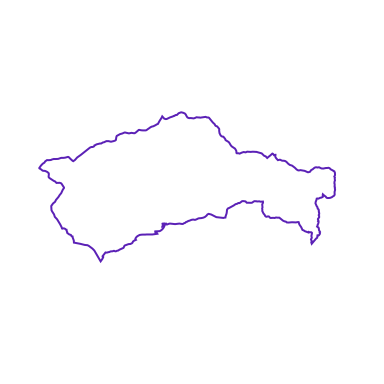 the district of Valea Ierii, Cluj, Romania, rotated 52°
{"feature_id": "2599482B95290613359909", "entity_name": "Valea Ierii", "entity_type": "district", "adm_level": 2, "iso_a3": "ROU", "parent_name": "Romania", "parent_adm1": "Cluj", "projection": "orthographic", "projection_center": [23.285, 46.581], "detail": "fine", "context": "isolated", "style": "outline", "palette": "violet", "viewbox_px": 384, "rotation_deg": 52, "n_neighbors": 0, "source": "geoboundaries", "source_scale": "gbopen_adm2", "svg_char_len": 6042}
<svg xmlns="http://www.w3.org/2000/svg" viewBox="0 0 384 384"><g transform="rotate(52 192 192)"><path d="M159.2,316.2L164.1,311.9L167.7,309.1L169.6,307.1L170.9,306.5L175.3,305.3L178.0,305.0L190.4,306.7L189.6,304.0L188.8,302.3L188.2,302.3L188.1,301.8L187.5,301.8L186.4,297.4L186.9,297.0L187.5,296.1L187.9,295.0L188.4,294.1L188.7,292.7L189.8,291.1L190.3,289.7L191.5,289.0L191.9,288.4L192.2,287.1L192.7,286.2L192.8,284.6L193.8,280.6L193.8,280.2L192.9,278.6L192.8,277.8L194.0,274.1L195.0,272.6L195.4,271.0L195.3,270.1L194.7,269.0L194.7,267.7L195.2,265.7L194.3,265.7L193.8,265.1L193.3,263.5L193.2,262.2L193.6,259.7L194.7,257.8L196.7,255.2L197.6,253.8L201.0,249.5L203.6,245.0L203.2,244.9L201.3,245.7L200.7,245.5L200.4,245.2L202.8,241.8L203.0,241.4L203.2,239.5L202.9,237.2L202.5,236.1L201.6,234.3L200.9,236.6L200.7,236.4L200.6,235.4L200.2,234.8L198.9,234.9L198.8,234.7L199.8,233.1L200.6,232.6L200.9,231.9L202.2,231.8L202.8,229.8L203.3,228.8L206.9,225.1L209.1,221.4L211.1,219.5L211.5,218.9L211.6,218.6L211.7,217.5L212.1,216.3L212.0,215.1L212.5,213.8L212.5,212.8L213.0,211.8L213.6,209.6L214.4,208.1L215.8,206.8L216.3,205.4L216.7,203.4L217.0,202.7L218.2,200.9L219.1,199.1L219.6,197.4L219.6,195.2L219.2,193.6L219.5,192.3L221.6,190.7L226.8,188.3L231.8,183.2L232.2,182.1L232.7,181.4L231.5,180.0L230.3,178.1L229.4,177.1L227.6,175.4L227.2,174.3L227.1,173.5L227.4,172.8L228.3,167.4L228.4,165.2L229.1,163.6L229.2,162.3L230.0,161.3L230.1,158.1L230.9,157.0L232.4,155.6L234.1,155.5L234.3,155.3L237.1,151.8L237.4,151.2L237.5,149.1L237.7,148.4L239.1,146.8L239.5,146.6L240.8,144.7L241.8,144.0L243.2,142.0L244.1,142.6L245.1,144.4L247.5,145.9L248.2,146.9L249.2,147.4L250.2,148.3L253.0,148.9L254.6,148.8L255.9,149.1L257.1,148.8L257.5,148.3L258.0,147.1L258.5,146.6L258.9,146.4L260.0,146.4L260.8,146.1L262.6,143.6L263.4,142.8L263.8,141.5L264.9,140.4L266.0,139.0L270.7,137.9L272.2,137.1L273.1,136.3L274.4,136.0L275.6,134.6L277.4,131.8L279.9,128.9L281.0,126.9L281.4,126.5L283.7,127.4L287.0,127.6L289.9,128.3L291.0,127.6L292.2,127.3L295.7,125.1L295.4,124.6L295.8,124.4L297.2,122.8L297.9,122.6L298.4,122.9L300.2,125.0L301.7,125.7L302.0,126.1L302.3,126.9L302.7,127.5L304.3,127.8L305.1,129.0L306.5,129.5L305.1,122.9L305.1,121.5L303.4,119.8L303.6,119.5L304.1,119.4L304.2,118.5L303.8,117.2L303.2,116.5L302.5,116.4L302.2,116.1L302.2,115.7L300.2,115.4L299.0,114.6L297.9,114.2L297.0,114.6L296.5,114.4L296.2,114.6L295.8,113.8L295.2,113.2L294.7,112.1L293.7,110.8L293.0,110.3L292.5,110.6L291.9,109.8L290.9,109.5L290.7,109.2L290.3,107.5L290.0,107.4L289.3,106.6L288.2,106.4L287.7,105.4L287.0,104.8L286.3,104.6L286.1,104.3L284.9,103.8L284.6,103.4L284.0,103.1L283.4,103.0L282.5,103.2L281.2,102.5L280.1,102.5L277.0,101.7L276.0,100.7L274.7,98.6L274.0,97.8L274.2,97.3L275.1,96.4L275.5,94.4L275.9,93.9L276.4,92.1L276.2,91.7L274.8,90.8L274.4,90.3L276.3,90.0L277.8,89.5L279.4,89.5L280.4,88.7L281.6,86.9L282.2,85.0L282.2,83.8L282.4,82.5L282.0,81.3L279.7,79.6L278.4,77.9L277.3,77.4L276.9,76.8L275.7,76.5L275.4,76.0L275.0,75.9L274.3,75.2L273.2,74.5L272.7,74.4L271.4,73.1L270.9,72.2L269.3,71.3L268.6,70.5L267.5,70.4L266.8,69.0L266.1,68.4L265.3,67.9L265.0,67.6L263.3,67.1L262.6,67.6L262.1,67.6L259.4,68.8L258.6,68.8L257.8,69.0L256.9,69.6L256.3,70.7L255.6,71.6L254.3,74.2L253.1,75.5L250.7,76.7L250.0,78.0L249.0,78.9L248.5,79.7L248.3,81.0L248.4,82.8L248.1,84.7L248.7,86.5L248.2,87.9L247.7,88.6L244.7,90.2L241.5,93.1L241.1,94.0L240.4,95.0L238.7,95.7L236.2,96.0L232.8,96.9L230.8,98.3L228.8,98.8L226.6,99.0L225.2,99.4L224.2,100.1L222.8,101.7L220.7,102.8L219.8,104.7L217.3,104.9L215.7,104.7L214.6,104.1L214.3,103.4L214.1,103.3L213.9,103.6L213.5,104.7L212.0,104.7L211.3,104.9L211.2,105.1L211.4,107.7L211.4,109.6L211.5,111.8L209.2,112.0L208.2,112.7L207.6,112.9L204.5,113.3L200.1,116.5L197.6,119.4L196.6,121.0L194.2,123.7L193.8,125.3L192.3,126.7L191.6,128.6L191.1,130.8L190.0,131.6L189.1,132.8L188.5,132.9L187.6,132.2L186.6,131.7L184.3,131.4L180.6,132.6L179.2,132.7L176.0,132.3L175.0,132.4L171.8,133.6L170.6,133.2L168.3,133.2L167.5,133.4L167.0,134.0L166.2,134.4L165.0,134.6L162.6,134.1L160.5,132.9L159.3,131.9L158.7,131.7L155.8,131.8L154.5,132.6L153.9,132.7L152.6,132.4L150.0,132.8L144.0,132.9L143.3,133.3L142.5,134.3L141.2,135.0L138.4,139.9L137.8,140.3L136.9,141.4L135.9,142.4L135.4,144.4L135.0,145.4L133.0,147.4L132.0,148.8L131.1,149.4L130.3,149.7L129.0,149.6L127.0,149.2L125.8,149.3L124.4,150.0L122.7,151.3L122.4,151.8L121.7,154.1L122.0,156.4L121.8,156.8L121.2,157.7L121.2,159.0L120.8,159.6L120.7,160.5L119.7,163.3L118.9,167.0L118.3,167.9L117.1,168.7L114.1,168.9L114.8,170.3L116.1,174.0L117.4,177.0L117.0,178.2L116.9,179.5L116.4,182.0L115.7,183.5L115.4,185.0L115.4,186.1L115.3,187.4L115.2,189.9L114.9,190.6L113.3,192.7L112.1,194.0L110.5,195.4L110.3,195.8L110.5,199.6L110.4,200.9L109.9,201.6L108.1,203.3L107.0,205.6L103.8,208.2L103.5,208.9L103.0,210.9L102.1,213.0L101.5,216.7L101.7,217.2L102.3,218.0L104.1,219.9L104.2,220.7L103.7,222.3L102.5,224.9L100.6,226.4L99.2,228.2L98.6,230.8L98.1,231.7L97.9,233.4L97.8,233.9L97.2,234.5L95.6,238.1L95.6,239.3L95.2,240.1L95.6,240.8L95.7,241.5L95.3,242.7L94.6,243.6L94.2,245.1L94.3,256.7L94.1,261.2L94.7,264.5L94.6,266.6L93.9,266.9L91.6,267.3L88.5,267.7L88.0,268.1L86.8,270.9L86.0,272.2L84.6,274.0L83.5,277.1L81.6,279.8L81.0,280.4L80.2,282.2L79.9,283.5L78.8,285.2L77.6,286.6L77.5,288.3L77.5,289.0L78.0,290.2L77.8,292.1L78.2,294.8L79.1,297.6L79.4,297.7L81.3,297.0L83.1,296.6L83.7,296.2L84.6,295.1L85.3,294.6L87.1,293.7L88.6,293.4L89.1,293.4L89.9,293.9L91.8,295.7L92.4,295.8L93.3,295.7L98.1,294.1L99.4,293.4L101.4,293.2L103.3,290.6L104.5,289.8L105.1,289.7L109.6,290.1L110.0,290.4L110.7,292.5L112.4,295.8L112.9,298.1L113.7,300.3L114.5,304.1L115.4,305.9L115.5,308.9L115.9,309.7L116.1,310.8L116.4,311.5L116.9,311.9L119.8,313.9L121.2,314.2L124.7,314.5L127.1,315.4L130.4,315.1L136.4,315.8L139.4,316.4L140.8,316.9L141.0,316.8L141.5,315.7L142.1,315.1L143.1,314.6L144.1,314.5L144.5,314.1L146.0,314.9L146.7,315.0L147.1,315.4L147.5,315.5L150.0,314.8L151.2,313.9L152.7,314.1L153.5,313.5L154.3,314.0L157.4,315.0L159.2,316.2Z" fill="none" stroke="#5b21b6" stroke-width="2"/></g></svg>